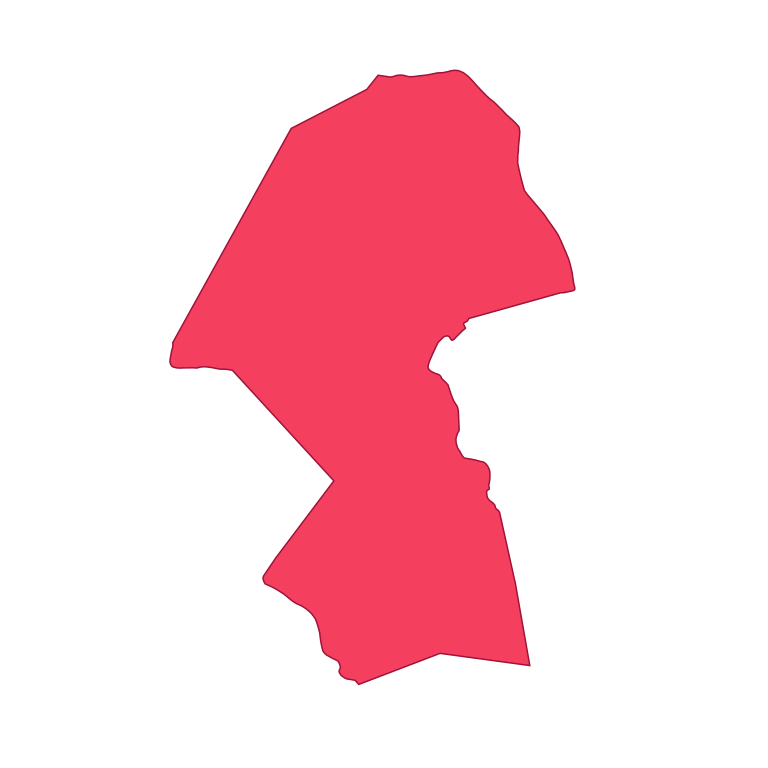 San Jose de Comayagua, Comayagua, Honduras, rotated 349°
{"feature_id": "27666195B469892193745", "entity_name": "San Jose de Comayagua", "entity_type": "district", "adm_level": 2, "iso_a3": "HND", "parent_name": "Honduras", "parent_adm1": "Comayagua", "projection": "orthographic", "projection_center": [-88.038, 14.699], "detail": "fine", "context": "isolated", "style": "filled", "palette": "rose", "viewbox_px": 768, "rotation_deg": 349, "n_neighbors": 0, "source": "geoboundaries", "source_scale": "gbopen_adm2", "svg_char_len": 6125}
<svg xmlns="http://www.w3.org/2000/svg" viewBox="0 0 768 768"><g transform="rotate(349 384 384)"><path d="M229.2,557.5L232.5,559.8L234.1,561.0L235.8,562.2L237.1,563.3L239.3,565.1L244.8,570.3L245.6,571.0L246.8,572.5L247.5,573.3L249.7,576.1L251.2,577.9L252.4,579.3L253.7,580.6L255.0,581.8L256.4,583.0L257.4,583.7L259.6,585.3L261.0,586.3L262.3,587.5L263.1,588.3L264.0,589.2L264.8,590.0L265.6,591.0L266.7,592.3L267.7,593.7L268.8,595.3L269.4,596.3L270.1,597.7L271.1,599.9L271.8,601.6L272.0,602.4L272.1,603.2L272.4,604.6L272.7,607.0L273.0,610.5L273.2,612.8L273.3,614.7L273.4,616.2L273.3,617.4L273.1,619.7L272.9,623.1L272.8,625.7L272.8,627.2L272.8,630.1L273.0,632.9L273.0,633.6L273.2,634.6L273.4,635.2L273.6,635.7L274.1,636.6L274.7,637.6L275.4,638.4L276.1,639.3L276.6,639.7L277.8,640.7L281.3,643.6L284.5,646.0L285.3,646.6L285.8,647.1L286.0,647.4L286.2,647.8L286.3,648.2L286.6,648.9L286.8,649.7L286.9,650.5L287.0,651.3L287.1,652.1L287.1,652.6L287.1,653.1L287.1,653.6L286.9,654.1L286.7,654.8L286.2,655.5L285.6,656.2L285.3,656.8L285.2,657.1L285.1,657.4L285.1,657.7L285.1,658.1L285.1,658.5L285.2,658.9L285.4,659.5L285.6,660.1L285.8,660.7L286.0,661.2L286.3,661.7L286.7,662.2L287.0,662.7L287.5,663.2L288.7,664.4L289.3,665.0L290.1,665.7L290.6,666.0L290.9,666.2L291.7,666.6L295.9,668.1L299.0,669.3L300.8,672.2L301.9,674.1L387.6,659.1L473.4,688.2L474.9,605.1L473.0,533.9L473.0,533.3L473.0,532.5L473.0,532.1L472.8,531.6L472.4,530.7L472.1,530.1L471.8,529.6L471.5,529.2L470.8,528.5L470.6,528.2L470.2,527.6L470.0,527.2L469.8,526.6L469.7,526.1L469.7,525.8L469.8,525.1L469.8,524.7L469.6,524.1L469.3,523.4L468.8,522.4L468.4,521.9L468.1,521.4L467.6,520.8L466.5,519.7L465.9,519.2L465.5,518.5L465.1,517.9L464.4,516.7L464.0,515.8L463.9,515.5L463.9,515.1L463.8,514.2L463.8,513.0L463.9,511.4L464.1,510.1L464.1,509.6L464.3,509.2L464.7,508.5L465.0,508.1L465.3,507.8L465.6,507.7L466.0,507.7L466.4,507.7L466.6,507.7L466.9,507.5L467.1,507.4L467.2,507.2L467.3,506.9L467.4,506.6L467.5,506.3L467.5,506.0L467.4,505.1L467.4,504.6L467.4,504.2L467.5,503.7L467.7,503.2L467.8,502.7L468.8,500.3L469.1,499.5L469.8,497.3L470.1,495.9L470.6,493.7L470.9,492.0L471.1,490.4L471.1,489.7L471.1,489.0L471.0,487.9L470.9,487.3L470.7,486.6L470.3,485.2L469.9,484.0L469.4,482.9L468.9,482.1L468.6,481.6L468.2,481.1L467.5,480.3L466.9,479.7L466.4,479.4L465.8,479.1L465.0,478.8L464.0,478.4L463.3,478.1L459.9,476.4L456.2,474.8L454.1,474.0L452.1,473.3L449.9,472.5L449.0,472.1L448.8,471.9L448.6,471.8L448.3,471.4L447.9,470.8L447.4,469.9L447.1,469.2L446.5,467.5L445.8,465.1L445.3,463.9L444.8,462.8L444.4,461.7L444.1,460.8L444.0,459.9L443.8,458.1L443.7,457.0L443.6,455.7L443.7,454.7L443.8,453.7L443.9,452.9L444.1,452.0L444.4,450.9L444.9,449.8L445.5,448.7L446.6,446.8L447.1,446.1L447.6,445.4L448.5,444.4L448.7,444.2L448.9,443.8L449.0,443.5L449.5,440.4L451.8,424.9L451.8,424.2L451.8,423.0L451.8,421.7L451.7,420.8L451.5,419.9L451.3,419.0L450.9,418.2L450.2,416.6L449.7,415.3L449.2,413.9L448.9,412.6L448.0,407.7L446.8,398.1L446.7,397.3L446.6,397.0L445.8,395.7L444.4,393.4L443.7,392.5L442.5,390.8L442.0,390.1L441.8,389.7L441.6,389.1L441.5,388.7L441.4,388.0L441.2,387.6L441.1,387.2L440.7,386.6L440.4,386.1L440.1,385.7L439.6,385.3L439.0,384.8L438.6,384.6L437.6,384.1L436.9,383.7L436.1,383.2L434.9,382.3L433.8,381.5L432.7,380.5L432.0,379.8L431.4,379.1L431.1,378.6L430.9,378.2L430.7,377.7L430.6,377.2L430.5,376.6L430.5,376.1L430.6,375.6L430.7,375.0L431.3,373.6L431.8,372.4L432.3,371.5L432.9,370.6L433.8,369.1L437.7,363.5L440.2,360.0L443.2,355.9L444.9,353.7L445.3,353.3L446.1,352.8L447.9,351.6L451.5,349.2L451.9,349.0L452.6,348.9L453.3,348.8L454.3,348.8L455.1,348.9L455.7,349.0L456.1,349.2L456.6,349.6L457.0,350.1L457.3,350.7L457.5,351.1L457.8,352.0L457.9,352.4L458.1,352.8L458.3,353.1L458.6,353.5L458.8,353.7L459.0,353.8L459.1,354.0L459.4,354.0L459.8,354.1L460.3,353.9L461.0,353.6L461.7,353.2L464.3,351.3L467.5,349.2L470.4,347.2L472.1,346.2L472.9,345.8L473.8,345.4L474.2,345.1L474.4,344.9L474.5,344.8L474.6,344.6L474.6,344.4L474.6,344.1L474.4,343.7L474.0,342.4L473.8,341.6L473.6,341.0L473.6,340.6L473.7,340.3L473.7,340.1L473.9,339.8L474.2,339.4L474.4,339.2L474.6,339.1L475.1,338.9L475.9,338.9L476.2,338.8L477.3,338.3L477.9,338.0L478.4,337.6L478.8,337.1L479.3,336.5L479.6,335.9L571.5,328.4L572.9,328.3L574.3,328.2L575.5,328.3L577.0,328.5L578.0,328.7L578.4,328.7L581.2,328.6L584.0,328.6L586.7,328.5L587.5,328.4L588.1,328.2L588.8,328.0L589.1,327.8L589.2,327.6L589.4,327.3L589.5,326.7L589.6,326.0L589.7,325.2L589.5,323.6L589.5,322.2L589.4,320.2L589.5,318.8L589.8,313.2L589.9,311.9L589.9,309.5L589.8,306.5L589.7,304.2L589.6,302.2L589.3,298.5L589.1,297.1L588.9,295.6L588.2,292.1L587.8,289.9L586.9,286.1L585.3,278.6L584.5,275.5L583.7,272.3L583.5,271.3L582.9,269.7L582.4,268.4L580.5,263.9L578.5,259.5L575.8,253.5L574.1,249.4L573.6,248.3L573.2,247.5L572.1,245.5L561.0,225.6L558.8,220.9L558.3,215.2L557.8,208.0L557.5,199.9L557.4,192.5L559.1,184.7L560.2,181.5L561.4,176.3L564.4,166.3L565.5,162.1L565.5,157.4L563.3,153.5L560.0,148.8L555.7,143.2L552.7,138.4L545.9,128.4L542.2,124.2L539.1,119.9L535.0,113.6L531.7,108.4L529.3,104.2L525.4,98.1L521.3,93.5L516.8,90.5L513.0,89.5L509.6,89.3L506.2,89.6L501.0,89.6L495.9,88.8L485.3,88.9L478.3,88.3L471.7,87.9L471.2,87.8L468.4,87.4L465.9,86.6L462.0,84.7L458.9,83.8L455.2,83.5L452.3,83.9L448.5,83.9L444.4,82.3L437.1,79.8L423.4,91.5L341.7,115.4L184.5,303.1L184.3,305.2L184.1,306.0L183.8,306.9L183.4,307.9L183.0,308.8L182.1,310.4L181.8,311.1L179.3,317.5L178.5,319.9L178.3,320.6L178.2,321.3L178.1,322.0L178.1,322.6L178.3,323.5L178.4,324.2L178.7,325.0L179.0,325.8L179.3,326.1L179.8,326.7L180.5,327.2L181.1,327.5L182.2,328.0L182.8,328.3L183.6,328.6L184.9,329.0L186.3,329.3L187.7,329.6L190.1,329.9L194.3,330.7L199.0,331.5L200.2,331.8L202.5,332.4L203.5,332.6L203.8,332.6L204.3,332.6L205.6,332.4L206.3,332.4L207.5,332.4L208.9,332.5L209.9,332.6L210.7,332.8L211.4,332.9L212.8,333.3L214.3,333.7L215.4,334.1L218.9,335.3L220.5,336.0L223.7,337.3L225.2,337.9L226.0,338.1L229.2,338.8L230.8,339.2L232.0,339.5L233.0,339.8L235.2,340.6L237.8,341.6L316.3,469.5L244.3,534.3L229.2,549.4L228.3,550.9L228.1,552.2L228.3,554.6L229.2,557.5Z" fill="#f43f5e" stroke="#9f1239" stroke-width="1.5"/></g></svg>